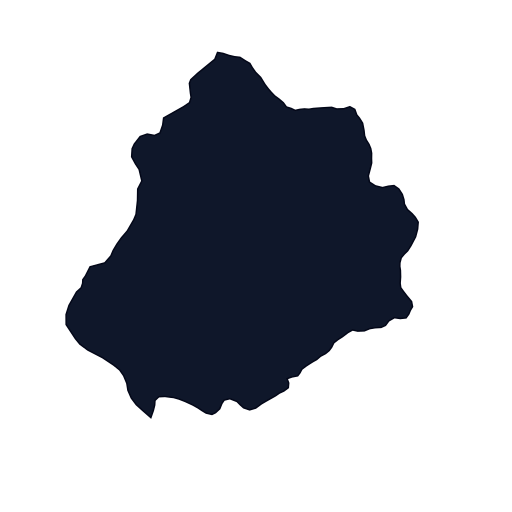 the district of Ipiaçu, Minas Gerais, Brazil, rotated 287°
{"feature_id": "56859067B82454060377741", "entity_name": "Ipiaçu", "entity_type": "district", "adm_level": 2, "iso_a3": "BRA", "parent_name": "Brazil", "parent_adm1": "Minas Gerais", "projection": "natural_earth1", "projection_center": [-49.93, -18.707], "detail": "fine", "context": "isolated", "style": "filled", "palette": "ink", "viewbox_px": 512, "rotation_deg": 287, "n_neighbors": 0, "source": "geoboundaries", "source_scale": "gbopen_adm2", "svg_char_len": 2397}
<svg xmlns="http://www.w3.org/2000/svg" viewBox="0 0 512 512"><g transform="rotate(287 256 256)"><path d="M335.8,401.2L339.6,397.0L342.1,392.9L344.7,387.2L349.1,382.7L353.1,381.0L357.7,377.9L361.9,372.9L363.7,367.4L361.5,362.3L358.4,357.0L358.0,349.6L359.9,342.9L365.4,340.0L373.5,339.7L378.8,339.4L382.9,338.0L388.1,336.5L392.3,334.3L395.8,331.4L399.1,327.6L402.7,324.7L407.8,322.5L414.2,319.1L418.1,314.6L420.4,311.1L425.1,307.6L426.2,302.1L422.5,296.9L420.2,290.2L420.3,284.9L418.7,280.5L416.3,274.1L413.8,267.7L411.8,263.7L410.8,259.3L409.0,255.0L406.7,250.9L407.4,246.4L407.4,241.5L410.5,237.4L412.7,232.4L414.6,227.0L417.2,222.4L419.5,218.8L422.6,214.5L428.1,208.3L431.6,201.8L435.2,197.2L438.4,193.8L439.5,188.9L441.3,182.6L440.3,177.3L439.9,171.6L440.1,165.2L439.4,159.7L432.1,159.1L413.5,146.7L405.6,142.1L401.7,141.8L392.6,145.7L388.7,147.6L383.2,147.6L377.6,143.1L361.0,127.3L353.9,128.5L345.6,128.2L341.6,123.7L340.8,116.3L336.4,110.3L327.5,106.9L322.4,106.2L314.5,108.1L308.8,113.9L304.7,118.9L294.4,124.9L285.5,123.3L274.3,126.5L260.7,129.1L254.9,128.5L242.3,125.6L234.1,122.0L226.9,119.6L219.6,117.8L213.7,117.2L205.2,113.4L197.2,100.5L186.9,98.7L182.8,97.3L179.2,98.2L174.5,98.1L169.1,94.9L154.1,91.6L144.5,91.5L134.9,94.5L124.2,107.4L120.2,113.4L116.9,122.7L113.9,139.0L110.1,151.7L107.2,158.9L102.9,164.4L96.5,169.7L90.1,172.8L83.7,178.3L78.8,185.0L75.1,192.9L70.7,202.7L78.2,203.0L83.8,202.7L88.3,201.6L93.0,204.2L95.1,210.0L95.8,214.3L96.6,218.6L96.7,224.3L96.2,230.8L95.1,238.9L93.8,244.9L92.4,249.5L91.2,254.2L91.6,260.2L94.3,263.1L99.3,266.0L105.0,266.5L108.9,267.7L111.9,272.7L111.3,280.4L109.1,284.4L107.2,288.5L107.0,294.9L110.5,300.2L116.3,304.5L120.2,308.1L124.5,312.2L128.1,315.6L131.7,318.4L135.0,322.1L139.5,325.4L144.1,324.4L147.8,321.6L150.9,325.8L153.6,330.9L157.1,332.2L161.2,333.0L165.6,336.2L168.7,338.8L171.7,341.4L174.7,344.3L179.0,347.0L183.0,351.0L186.9,353.6L190.8,355.0L195.7,355.8L199.9,358.7L204.0,362.2L209.7,366.3L213.5,370.0L213.9,375.2L216.1,381.5L219.8,386.0L222.2,390.8L224.3,396.5L227.5,400.1L232.8,402.0L237.5,406.4L238.4,412.2L240.7,417.6L245.1,419.1L249.2,419.5L253.3,420.5L257.9,418.1L262.1,411.7L265.4,407.1L268.0,403.7L272.1,401.8L278.2,400.4L284.5,398.3L288.0,396.6L291.6,395.6L296.8,395.4L301.3,397.3L305.3,399.5L311.0,401.1L315.7,402.0L321.0,403.0L329.0,402.7L335.8,401.2Z" fill="#0f172a" stroke="#020617" stroke-width="1.5"/></g></svg>